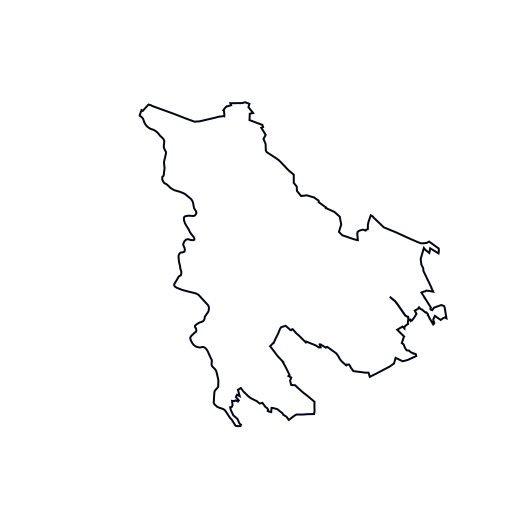 outline of Vecsaules pag., Bauska, Latvia, rotated 45°
{"feature_id": "27541924B84653415581668", "entity_name": "Vecsaules pag.", "entity_type": "district", "adm_level": 2, "iso_a3": "LVA", "parent_name": "Latvia", "parent_adm1": "Bauska", "projection": "robinson", "projection_center": [24.442, 56.411], "detail": "fine", "context": "isolated", "style": "outline", "palette": "ink", "viewbox_px": 512, "rotation_deg": 45, "n_neighbors": 0, "source": "geoboundaries", "source_scale": "gbopen_adm2", "svg_char_len": 6062}
<svg xmlns="http://www.w3.org/2000/svg" viewBox="0 0 512 512"><g transform="rotate(45 256 256)"><path d="M217.2,329.8L217.6,331.9L218.1,333.7L219.0,334.7L220.6,334.9L222.4,334.5L227.3,332.4L232.0,329.8L239.0,325.5L240.6,324.7L243.0,324.1L256.8,324.7L258.6,325.3L260.0,326.6L261.0,327.9L261.7,329.3L262.8,335.3L263.8,336.4L264.4,337.6L264.7,339.2L264.3,340.7L263.0,343.2L262.3,346.5L262.2,347.9L262.3,348.6L263.1,349.3L264.8,349.7L266.4,350.8L267.1,351.8L266.8,354.5L266.8,356.5L266.7,357.8L266.9,359.1L267.2,360.1L268.4,361.2L270.4,362.0L272.9,362.7L274.7,362.9L276.7,362.7L278.3,362.2L280.1,361.1L281.3,360.1L282.2,358.5L283.0,357.7L283.8,357.3L284.8,357.0L287.2,357.0L289.2,357.5L295.7,360.0L297.8,360.6L299.1,361.5L301.0,363.9L301.8,364.5L303.3,365.0L307.1,365.0L308.8,365.3L310.9,366.4L316.4,369.9L317.7,370.9L321.5,375.0L321.9,375.8L322.1,379.5L322.3,380.8L323.3,382.2L326.4,385.8L328.6,388.1L329.2,389.1L330.1,389.8L331.7,390.3L335.4,390.0L337.2,389.3L340.8,387.5L342.4,387.1L344.2,387.2L352.5,388.9L354.1,388.8L361.6,390.5L362.3,390.1L362.9,389.4L363.8,388.9L364.2,388.4L365.2,387.4L364.8,386.4L364.8,386.0L362.6,386.1L358.0,384.3L352.6,384.7L347.0,382.7L344.7,381.2L345.6,380.1L345.1,378.2L341.5,375.4L343.3,373.9L343.6,372.6L346.1,371.7L346.0,370.3L341.4,369.9L340.7,367.5L343.5,366.6L337.8,363.4L338.0,363.0L338.6,360.1L342.9,360.7L349.5,360.6L351.3,360.5L353.5,360.0L359.2,358.1L363.0,357.7L364.4,355.3L369.8,356.1L370.8,355.7L373.1,356.0L373.8,356.8L373.9,357.3L374.2,357.3L377.1,355.6L374.4,352.4L375.3,351.6L376.8,350.7L379.5,349.2L386.2,348.5L387.5,349.0L391.2,348.1L395.1,348.7L396.0,342.3L396.6,339.6L401.5,334.7L404.1,331.6L408.8,326.7L407.0,324.2L402.7,320.1L400.5,317.7L390.5,318.6L386.2,319.2L378.0,319.7L375.1,319.7L372.1,322.3L368.3,320.1L366.9,317.1L363.8,317.9L363.9,316.4L354.6,313.3L349.9,312.0L350.0,311.7L342.3,311.5L329.8,309.8L329.7,305.2L330.0,305.1L328.2,300.3L326.5,295.2L324.7,291.0L324.1,288.7L326.3,284.4L332.6,284.0L333.3,283.7L333.4,282.0L334.0,281.8L339.0,282.2L342.7,281.9L352.3,281.9L352.0,281.0L361.4,277.0L365.2,276.2L366.3,274.9L363.5,273.5L363.5,273.3L364.1,272.9L370.2,271.4L370.6,269.9L381.6,268.1L384.4,268.5L388.4,269.6L389.8,269.8L391.5,269.9L397.1,269.6L397.0,268.7L397.3,268.7L398.5,266.9L400.9,267.4L401.6,267.8L406.3,268.5L416.0,261.0L418.1,258.9L421.9,261.0L424.5,253.2L428.6,240.0L429.6,234.4L426.7,229.3L434.2,226.7L436.7,222.4L438.4,217.9L438.9,216.6L440.1,213.4L438.4,212.4L435.9,213.6L436.0,213.8L435.7,213.9L433.2,214.6L430.9,214.8L429.4,216.1L429.1,216.2L427.2,215.8L425.3,215.2L422.9,214.1L420.7,214.5L417.6,208.4L417.6,208.2L408.0,208.3L409.5,202.3L412.2,202.3L411.0,201.0L411.1,199.0L411.6,196.5L410.7,196.0L409.1,194.0L408.9,193.2L408.5,193.2L406.8,191.6L406.4,191.6L405.8,192.0L404.6,192.3L404.2,192.5L403.5,192.6L390.2,190.2L386.3,189.7L379.6,190.3L379.8,190.2L386.3,189.5L390.2,190.0L403.5,192.4L404.2,192.4L404.6,192.2L405.6,192.0L406.1,191.5L406.5,191.4L407.0,191.6L408.6,193.1L409.1,193.1L409.5,192.9L409.7,192.2L410.1,191.8L410.5,192.1L410.8,192.6L411.2,192.7L411.1,192.2L411.5,191.9L411.9,191.2L411.3,187.2L410.4,183.5L406.9,182.3L407.9,179.0L407.6,177.0L409.7,177.1L411.4,176.5L415.9,176.1L416.3,175.4L418.8,175.6L419.2,176.3L420.7,176.5L422.7,177.3L422.3,177.6L423.2,177.4L429.7,179.1L429.6,177.5L428.3,176.7L427.8,176.8L427.4,176.4L426.2,175.5L424.8,171.9L431.8,170.6L432.4,167.3L432.9,166.0L434.7,165.4L426.4,159.4L424.6,158.4L421.8,159.5L418.4,166.6L418.9,169.7L417.6,170.3L417.0,170.2L416.3,169.6L416.1,168.8L405.9,166.5L404.6,166.4L404.4,166.1L398.8,164.9L399.8,162.5L400.8,161.1L400.8,160.0L406.5,155.9L402.6,154.6L402.4,154.3L385.0,148.2L382.8,146.4L378.9,145.1L374.5,141.6L369.0,131.6L371.8,131.9L376.4,131.3L373.7,127.4L383.2,125.1L382.2,123.6L379.9,121.5L368.2,123.4L367.5,125.9L365.6,128.4L364.0,130.1L363.2,130.6L359.4,132.3L358.4,132.6L353.0,134.8L338.5,140.2L326.0,145.4L319.7,145.5L311.8,145.7L310.9,145.4L308.4,146.1L311.4,152.3L313.2,155.0L315.8,157.6L316.1,158.1L315.2,159.7L315.6,160.3L315.4,160.6L314.7,161.0L313.7,161.4L312.7,162.1L312.4,162.6L311.2,165.0L310.9,165.9L310.9,167.2L311.8,168.6L316.8,172.8L315.8,173.5L313.2,175.0L302.4,180.3L297.6,180.3L294.0,173.5L287.5,169.0L280.2,169.4L271.5,172.7L271.3,172.2L262.3,173.6L261.4,172.7L261.0,172.6L255.6,173.6L249.0,177.2L245.5,181.7L238.9,181.0L235.7,178.1L231.0,177.6L225.2,171.8L220.1,172.3L217.2,172.4L208.1,172.1L204.6,172.1L200.4,172.8L190.1,175.0L188.4,174.5L183.6,170.0L178.5,167.9L177.2,163.5L169.1,161.6L169.8,159.8L167.8,158.8L155.3,164.5L151.0,159.8L152.8,156.9L145.4,156.1L143.8,153.1L143.7,153.1L140.4,154.6L139.4,155.2L138.1,157.7L129.8,166.1L131.8,167.0L129.8,170.7L129.4,170.9L129.4,173.2L129.8,175.9L130.3,175.7L134.0,178.7L134.7,179.6L134.4,179.7L130.8,184.4L129.7,186.5L120.8,200.8L118.6,203.2L117.9,204.3L108.5,208.7L97.3,213.6L76.8,223.2L75.3,223.6L73.7,224.5L72.9,224.9L73.3,233.5L71.9,233.8L74.3,238.8L74.7,239.1L76.0,238.7L77.6,238.6L79.2,238.9L83.1,240.7L86.1,241.4L89.3,241.2L91.3,240.7L94.7,239.1L96.3,238.7L98.1,238.4L101.0,238.5L102.9,238.8L105.3,238.7L107.5,238.7L108.5,239.0L109.9,239.6L113.7,244.2L115.3,245.0L118.9,246.2L120.0,247.4L124.2,254.2L125.0,255.1L129.2,258.5L133.8,264.4L133.9,265.2L133.9,266.4L135.6,268.2L137.5,268.9L139.0,269.2L140.0,269.3L140.5,268.9L142.8,268.4L147.5,268.3L151.6,267.3L157.4,264.1L160.3,262.9L161.9,262.4L169.9,261.6L172.2,262.1L173.9,262.9L178.2,265.9L179.1,266.2L181.7,266.7L183.4,267.6L183.8,268.6L184.1,269.8L183.9,271.3L183.3,272.1L180.7,274.4L179.5,275.6L178.4,277.1L177.8,278.2L177.7,279.0L177.9,279.7L178.8,280.8L180.1,281.8L182.7,283.1L185.2,283.8L189.3,284.7L192.4,285.8L194.2,286.2L198.9,286.7L199.7,287.1L200.5,287.6L200.8,288.1L200.7,288.9L199.8,289.8L198.3,291.0L196.7,291.7L195.7,292.6L194.9,294.1L195.0,296.3L195.6,298.0L196.4,299.4L197.3,299.9L199.9,300.9L201.0,301.6L202.3,303.4L202.1,304.3L200.3,307.0L200.2,308.1L200.4,309.3L201.3,310.9L204.7,313.8L206.5,315.1L209.6,316.9L210.9,318.1L214.4,320.0L215.4,321.0L216.3,322.3L216.5,323.1L215.9,324.3L216.0,325.7L217.2,329.8Z" fill="none" stroke="#020617" stroke-width="2"/></g></svg>